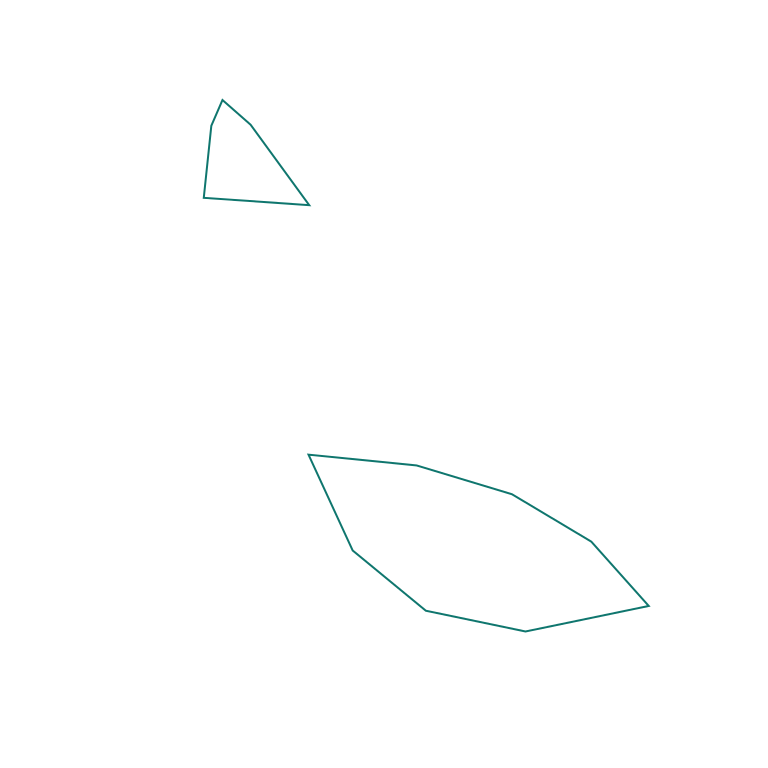 the border of Midway Islands, rotated 239°
{"feature_id": "UMI-5176", "entity_name": "Midway Islands", "entity_type": "state/province", "adm_level": 1, "iso_a3": "UMI", "parent_name": "United States Minor Outlying Islands", "parent_adm1": "", "projection": "equal_earth", "projection_center": [-177.354, 28.206], "detail": "fine", "context": "isolated", "style": "outline", "palette": "teal", "viewbox_px": 768, "rotation_deg": 239, "n_neighbors": 0, "source": "natural_earth", "source_scale": "10m", "svg_char_len": 345}
<svg xmlns="http://www.w3.org/2000/svg" viewBox="0 0 768 768"><g transform="rotate(239 384 384)"><path d="M362.3,282.9L297.4,370.0L223.6,436.9L142.1,480.5L57.4,496.6L99.0,377.8L168.1,303.1L257.4,271.4L362.3,282.9ZM636.4,325.4L694.3,369.0L710.6,391.8L674.9,403.2L575.8,412.0L636.4,325.4Z" fill="none" stroke="#0f766e" stroke-width="2"/></g></svg>